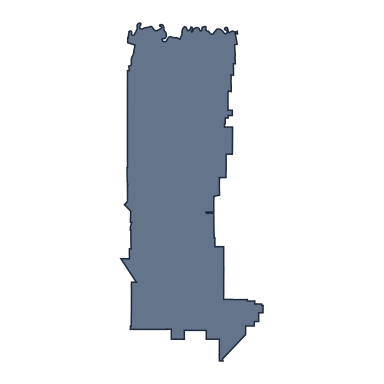 Río Bravo, Tamaulipas, Mexico
{"feature_id": "50627088B84741997482443", "entity_name": "Río Bravo", "entity_type": "district", "adm_level": 2, "iso_a3": "MEX", "parent_name": "Mexico", "parent_adm1": "Tamaulipas", "projection": "orthographic", "projection_center": [-98.021, 25.728], "detail": "fine", "context": "isolated", "style": "filled", "palette": "slate", "viewbox_px": 384, "rotation_deg": 0, "n_neighbors": 0, "source": "geoboundaries", "source_scale": "gbopen_adm2", "svg_char_len": 5604}
<svg xmlns="http://www.w3.org/2000/svg" viewBox="0 0 384 384"><path d="M130.3,329.4L133.2,329.3L133.3,329.4L136.3,329.4L149.3,329.4L164.6,329.4L167.3,329.4L167.1,329.1L171.3,329.2L171.3,339.2L184.4,339.3L184.3,330.4L206.2,330.4L206.3,334.8L206.2,339.2L219.4,339.2L219.4,343.6L219.3,356.8L219.4,361.0L223.0,361.0L222.4,359.0L223.6,357.7L224.2,357.2L237.1,343.6L245.2,335.0L245.6,334.8L245.6,334.4L245.6,332.6L245.6,326.0L254.3,326.0L254.3,321.6L258.7,321.5L258.7,312.8L263.0,312.8L263.1,305.4L261.7,305.4L261.7,305.2L261.6,304.0L258.7,304.0L254.7,303.9L254.8,301.0L247.3,301.0L247.3,299.5L245.6,299.6L234.0,299.6L232.5,299.4L223.7,299.4L223.6,297.4L223.6,295.3L223.7,295.0L223.7,277.6L223.8,267.1L223.7,266.2L223.7,246.7L215.0,246.7L214.9,242.7L214.7,242.7L214.7,242.4L214.9,241.5L214.9,240.6L214.9,239.8L214.9,239.6L215.0,238.0L214.2,238.0L214.2,236.9L214.1,233.7L214.0,231.5L214.0,229.9L213.9,229.3L214.0,229.1L214.0,228.2L213.9,227.3L213.9,224.6L213.8,221.9L213.9,219.0L213.8,215.4L213.7,213.7L213.7,213.2L212.0,213.2L210.6,213.2L207.7,213.3L206.2,213.2L206.2,212.0L213.8,212.1L213.8,201.7L213.8,198.3L213.8,196.6L214.7,196.5L214.8,196.0L216.8,195.7L219.5,195.2L219.5,192.5L219.3,186.3L219.5,178.7L219.3,178.6L219.3,178.4L219.3,177.6L226.0,177.6L226.0,171.5L226.1,170.9L226.1,170.6L226.1,170.4L226.2,163.4L226.1,156.3L226.2,154.2L232.4,154.2L232.6,127.1L224.5,127.1L224.5,123.7L225.2,123.6L225.2,118.0L228.1,118.0L228.1,115.5L232.4,115.5L232.3,110.2L228.0,110.2L228.0,92.7L228.5,90.9L231.1,91.7L231.3,90.0L231.2,85.3L231.0,81.2L231.1,79.0L231.2,75.6L231.0,75.1L233.5,75.1L233.5,67.3L233.5,63.7L235.4,63.7L234.9,56.4L235.3,56.1L234.6,44.8L237.2,44.2L235.2,33.4L237.5,33.9L237.2,31.3L236.6,31.7L236.2,31.8L235.9,31.9L235.2,31.9L234.7,31.9L233.0,31.1L232.3,31.1L231.6,31.3L230.4,32.0L229.2,32.6L228.8,32.5L228.6,32.2L228.3,31.5L228.1,30.7L227.9,29.9L227.7,29.0L227.5,27.9L227.1,27.6L226.9,27.5L226.6,27.4L226.1,27.4L225.6,27.6L225.1,27.9L224.7,28.4L224.6,28.6L224.5,29.1L224.6,29.3L225.0,29.7L226.0,30.3L226.6,30.7L226.9,30.9L227.1,31.3L227.2,31.8L227.2,32.0L227.1,32.5L226.7,33.2L226.2,33.5L225.6,33.7L225.3,33.7L224.9,33.6L224.6,33.5L224.1,33.1L223.8,32.7L222.8,31.3L221.2,30.0L220.7,29.6L219.8,29.2L219.2,29.1L218.5,29.0L217.1,29.2L216.5,29.5L216.2,29.8L215.9,30.3L215.6,30.8L215.1,31.4L214.2,32.1L213.9,32.5L213.7,33.4L213.5,33.5L213.2,33.9L212.7,34.1L212.4,34.2L211.7,34.2L211.1,34.0L210.2,33.4L209.7,32.8L209.2,32.2L208.9,31.7L208.6,31.3L208.1,31.1L206.8,31.0L206.4,30.6L206.1,30.1L205.9,28.7L205.9,27.8L206.0,27.2L206.0,26.9L205.9,26.7L205.7,26.6L205.1,26.5L202.5,27.1L202.2,27.5L202.0,28.0L201.9,28.3L202.0,29.3L202.0,29.8L201.7,30.2L201.4,30.6L200.8,30.9L200.6,31.0L200.4,31.0L200.0,30.6L199.6,29.6L199.2,28.7L199.0,28.4L198.6,28.1L198.2,27.8L197.9,27.6L197.2,27.6L196.6,27.6L195.9,27.7L195.3,28.0L194.1,28.6L193.6,29.1L193.4,29.3L193.1,29.9L192.8,31.1L192.4,31.6L192.0,31.9L191.8,32.0L191.6,32.0L191.5,31.7L191.5,31.3L191.6,30.8L192.1,30.1L192.3,29.4L192.4,28.8L192.3,28.0L192.1,27.5L191.8,27.1L191.3,27.0L191.1,27.0L190.9,27.1L190.8,27.3L190.7,27.5L190.7,28.0L190.6,28.3L190.1,29.3L189.6,29.8L188.8,30.3L188.4,30.6L188.1,30.8L187.8,30.8L187.6,30.7L187.3,30.3L187.1,29.8L186.9,29.3L186.6,28.3L186.2,27.7L186.1,27.4L185.8,27.1L185.5,26.9L185.1,26.7L184.8,26.7L184.2,27.0L183.5,27.6L182.9,28.5L182.5,29.3L182.4,29.7L182.2,30.7L181.9,32.3L182.0,34.6L181.5,35.7L181.4,36.0L181.0,36.4L180.6,37.3L180.3,38.4L180.3,38.7L180.1,39.2L179.9,39.3L179.6,39.2L178.4,38.4L177.8,38.1L176.9,37.8L176.0,37.6L174.8,37.7L173.4,37.6L172.3,37.4L170.9,36.8L170.2,36.8L169.8,36.8L169.0,37.1L168.5,37.5L167.7,38.6L166.2,41.2L166.0,41.3L165.5,41.6L165.1,41.6L164.2,41.6L163.4,41.7L163.2,41.6L162.7,40.8L162.2,39.7L162.0,39.3L161.9,39.1L162.0,38.9L162.3,38.7L163.6,38.7L164.1,38.6L164.8,38.3L165.3,38.0L165.6,37.6L166.0,37.1L166.3,36.1L166.4,35.2L166.4,34.6L166.2,33.6L166.0,33.0L165.8,32.4L165.2,31.7L164.9,31.5L164.7,31.2L164.3,30.7L164.2,30.4L163.9,29.2L163.9,27.5L163.6,26.4L163.0,25.4L162.8,25.2L162.3,24.8L161.8,24.7L161.1,24.6L160.3,24.7L160.1,24.8L159.7,25.0L159.5,25.5L159.6,25.8L159.8,26.1L160.0,26.2L161.0,26.5L161.4,26.9L161.6,27.3L161.6,27.8L161.4,28.0L160.5,28.8L160.0,29.0L158.6,29.9L156.9,30.6L156.4,30.7L156.1,30.8L155.1,30.5L154.2,30.0L154.0,29.8L153.6,29.3L153.4,29.0L153.2,28.4L152.8,27.9L151.9,27.0L151.6,26.6L151.4,26.5L151.2,26.4L150.6,26.4L148.9,27.1L147.4,27.4L145.9,27.6L143.7,28.2L143.0,28.8L142.7,29.0L142.0,29.2L141.4,29.1L140.2,28.5L140.0,28.4L139.7,28.1L139.6,27.6L139.6,26.9L139.7,26.5L140.0,26.0L140.6,25.2L140.9,24.4L140.9,24.0L140.8,23.7L140.5,23.2L140.0,23.1L139.7,23.0L139.3,23.1L138.9,23.3L138.2,23.7L137.6,24.3L137.3,24.8L137.1,25.2L137.0,25.9L137.2,28.1L137.1,29.0L136.9,29.6L136.1,31.0L135.9,31.8L135.7,32.1L135.4,32.6L134.7,33.4L134.6,33.5L134.5,34.2L134.4,34.5L133.8,35.1L133.3,35.3L132.7,35.4L132.2,35.1L131.7,34.5L131.6,34.2L131.5,33.8L131.7,33.1L131.7,32.2L131.5,31.8L131.2,31.2L130.5,30.9L130.0,31.0L129.7,31.1L128.8,31.9L129.0,32.2L128.2,37.1L128.1,37.8L127.7,37.8L127.7,42.7L135.0,45.1L133.2,54.6L132.9,55.4L132.4,56.1L132.0,56.9L131.3,59.0L131.3,64.4L131.3,64.7L131.3,65.2L129.0,66.2L128.7,66.2L128.8,66.9L129.3,70.6L127.5,70.6L127.4,158.8L127.5,162.9L127.5,163.1L127.5,167.5L127.0,167.6L127.3,182.5L127.8,185.2L127.4,185.2L127.5,188.6L127.5,201.4L126.3,202.8L124.4,204.7L130.7,211.1L130.4,222.4L131.7,222.4L130.4,227.1L130.3,230.1L130.9,230.1L130.9,242.6L131.1,248.8L129.4,248.8L129.4,258.7L120.9,258.7L136.3,282.2L131.5,282.1L131.4,287.6L131.5,291.0L131.4,312.7L131.3,317.2L131.2,326.2L130.4,326.2L130.3,329.4Z" fill="#64748b" stroke="#1e293b" stroke-width="1.5"/></svg>